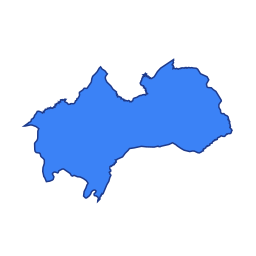 Kut Bak, Sakon Nakhon, Thailand (orthographic projection), rotated 348°
{"feature_id": "78962969B73602858262126", "entity_name": "Kut Bak", "entity_type": "district", "adm_level": 2, "iso_a3": "THA", "parent_name": "Thailand", "parent_adm1": "Sakon Nakhon", "projection": "orthographic", "projection_center": [103.812, 17.077], "detail": "fine", "context": "isolated", "style": "filled", "palette": "blue", "viewbox_px": 256, "rotation_deg": 348, "n_neighbors": 0, "source": "geoboundaries", "source_scale": "gbopen_adm2", "svg_char_len": 5717}
<svg xmlns="http://www.w3.org/2000/svg" viewBox="0 0 256 256"><g transform="rotate(348 128 128)"><path d="M83.1,193.5L85.8,191.7L86.0,190.0L86.8,189.4L87.0,188.8L87.7,188.7L87.6,188.2L87.8,187.8L89.0,187.4L89.0,186.7L90.0,187.0L95.4,179.2L98.2,176.1L99.9,172.7L101.4,170.8L101.4,170.3L100.7,169.3L100.8,168.4L100.4,167.5L100.6,167.2L102.1,166.7L102.4,165.5L101.8,164.9L101.7,163.9L102.3,162.0L103.2,161.6L103.7,162.0L104.1,161.5L104.5,161.5L105.1,161.1L105.3,161.4L106.5,160.6L106.6,160.9L107.0,160.9L107.2,160.1L107.5,160.0L107.5,159.7L108.0,159.9L108.5,159.3L109.4,158.9L109.4,158.4L109.0,158.3L109.7,157.1L109.4,156.7L110.3,156.8L110.9,156.3L116.7,155.1L120.0,152.1L123.3,150.0L125.2,148.4L129.9,148.7L137.3,148.7L141.9,150.2L149.6,152.1L153.6,152.0L153.8,152.4L155.4,153.0L156.6,152.7L164.6,152.6L168.5,151.7L171.3,154.2L172.7,156.0L175.8,159.2L178.3,161.4L183.5,163.9L186.3,163.9L188.1,164.4L191.2,166.7L192.6,167.2L194.9,166.6L195.6,166.1L196.7,166.0L196.6,165.8L197.3,165.1L197.1,164.5L197.9,164.0L198.4,164.2L200.0,163.5L200.0,163.1L201.8,161.9L202.0,161.9L202.1,162.2L202.4,161.9L203.0,162.2L204.6,161.6L204.6,160.8L205.8,160.3L207.1,160.3L207.5,159.4L208.4,158.7L209.1,158.7L209.7,158.0L210.4,158.2L210.9,157.9L210.8,157.5L211.5,157.5L212.1,157.9L212.9,157.7L213.4,156.5L214.1,156.1L215.8,155.8L217.5,155.0L219.3,156.0L220.8,156.3L223.4,154.4L223.7,154.7L224.2,154.4L225.5,154.4L226.5,154.7L227.5,154.5L228.3,153.4L228.5,152.5L229.2,152.2L229.0,150.7L228.3,150.0L227.7,148.5L228.0,148.1L228.4,148.1L228.6,147.6L228.4,146.4L228.6,145.5L228.1,144.4L228.6,143.7L228.4,142.9L228.8,142.7L228.3,141.6L228.4,141.3L227.6,140.7L227.7,140.2L228.2,140.1L228.2,137.9L227.3,136.5L225.9,135.7L224.8,133.9L222.9,133.5L222.2,132.8L221.9,131.7L222.2,129.7L221.6,128.1L221.2,126.6L221.8,123.9L224.9,121.0L224.9,119.9L221.6,110.5L219.3,108.1L217.9,106.0L214.6,105.0L214.1,104.6L213.8,103.9L213.9,101.2L217.0,97.7L216.0,94.3L210.2,90.0L208.4,85.0L207.3,83.8L203.8,82.7L203.0,82.2L201.2,82.1L200.1,81.4L198.7,81.7L198.1,81.1L197.4,81.5L196.5,80.7L195.3,81.2L194.6,80.7L193.3,80.4L192.5,80.4L192.5,80.6L192.0,80.4L191.4,80.8L190.4,80.5L189.4,80.9L187.9,79.7L187.1,80.0L186.4,79.8L185.6,78.9L184.4,79.3L184.8,78.0L185.4,77.6L185.1,77.0L185.2,76.1L184.4,75.6L184.4,75.1L186.1,73.6L185.9,71.8L186.7,71.3L186.8,70.5L172.4,76.2L168.6,78.9L164.4,83.3L161.4,84.5L159.3,83.9L159.3,83.4L159.8,83.2L159.3,82.9L159.2,82.3L158.9,82.2L158.4,81.4L158.1,81.9L158.0,81.5L157.6,81.7L157.0,81.5L157.4,81.2L156.5,80.3L157.1,79.8L156.8,79.1L157.2,78.9L156.7,78.5L156.6,78.8L156.0,79.0L156.0,78.5L155.4,79.1L154.1,79.1L154.5,79.5L154.7,80.1L154.4,80.1L154.5,80.4L154.2,80.2L154.1,80.8L153.4,80.7L153.3,81.3L152.7,81.4L152.6,82.1L152.0,82.4L151.0,84.6L150.4,84.8L150.3,85.5L149.3,86.5L149.3,87.0L149.6,88.5L150.3,88.8L150.7,89.6L151.9,89.9L152.1,90.6L151.9,90.9L152.3,91.2L152.4,91.7L152.1,91.9L152.4,92.0L152.4,92.5L153.4,92.9L153.2,93.2L152.9,93.1L153.2,93.8L153.0,94.3L153.4,94.7L152.9,95.0L153.3,95.5L153.0,96.1L153.1,96.9L153.5,96.9L153.7,98.1L154.3,98.3L154.7,98.1L154.3,98.6L152.9,98.2L152.4,99.2L151.9,99.4L150.8,98.6L148.9,98.6L147.6,99.0L147.0,98.7L145.6,98.9L143.2,99.8L140.0,100.1L139.2,100.6L138.3,102.3L137.6,102.4L137.0,103.0L136.2,103.0L135.7,102.5L135.3,102.7L134.8,101.5L134.3,101.2L133.1,101.5L132.3,100.9L131.5,100.9L131.3,100.4L129.9,100.6L129.6,100.3L129.8,100.0L129.8,99.4L130.0,99.4L129.8,99.0L128.4,98.5L128.0,97.7L127.4,97.8L127.6,97.3L127.3,96.8L127.5,96.6L126.4,95.8L125.8,95.7L125.5,95.0L124.7,95.2L124.8,95.0L124.4,94.9L124.5,94.6L123.9,94.0L123.8,93.6L124.1,93.5L124.2,93.2L124.5,93.0L124.2,92.2L123.9,92.4L123.7,92.0L124.2,90.3L121.3,86.8L120.0,83.4L116.9,78.7L116.2,75.9L116.2,74.3L116.6,73.2L117.4,72.2L119.1,70.8L118.2,69.4L117.7,67.8L116.2,66.1L115.0,65.1L113.9,62.5L112.3,63.5L109.7,66.4L107.3,68.2L104.2,70.1L102.9,72.2L101.6,75.5L96.3,80.6L95.9,80.7L93.4,80.0L91.7,81.4L87.9,83.0L87.5,84.6L87.6,85.4L86.9,86.8L84.8,88.9L84.2,88.7L83.5,90.2L82.2,90.6L81.5,92.0L80.5,92.8L79.6,92.9L77.4,92.3L76.8,92.3L76.5,92.7L74.6,92.5L73.4,90.5L72.0,89.6L71.6,88.9L71.8,88.2L72.2,88.1L72.9,87.4L72.5,87.4L72.6,87.0L72.1,87.1L71.8,86.8L71.5,87.2L71.4,86.9L70.0,87.3L69.6,86.9L69.6,86.6L68.2,86.5L68.3,86.8L67.8,86.9L67.5,87.3L67.4,88.4L66.6,88.2L66.4,88.6L65.8,88.4L65.6,89.0L65.4,88.6L65.3,89.2L64.3,89.0L63.3,89.3L63.0,90.0L62.6,89.7L61.9,89.7L61.9,90.2L61.7,90.0L61.2,91.0L61.3,91.1L61.0,91.4L60.9,92.0L60.7,91.8L60.3,91.8L60.2,92.2L59.9,92.0L59.7,92.4L58.2,92.7L58.2,93.0L57.5,92.8L57.2,92.4L56.8,92.5L56.7,92.1L56.5,92.4L55.8,92.0L55.1,92.0L54.9,92.3L54.8,92.1L54.4,92.5L53.6,92.1L53.6,92.4L52.4,92.8L51.1,92.5L50.6,93.4L50.1,93.4L49.5,94.3L49.2,94.3L49.1,94.9L48.6,94.4L48.3,95.2L47.5,95.6L46.3,94.3L44.7,93.3L44.1,93.0L42.7,92.9L41.0,94.9L39.5,96.0L38.8,96.9L38.7,97.6L37.6,98.3L37.3,98.9L35.4,99.4L34.5,101.2L33.4,101.8L32.1,102.0L31.2,102.6L26.8,104.5L27.9,104.7L32.9,104.7L34.8,105.2L38.4,107.5L40.6,110.1L39.2,112.2L37.7,118.7L37.3,119.9L36.2,121.4L34.0,123.0L33.4,123.8L32.3,129.8L32.3,131.6L33.1,132.9L36.2,134.1L36.7,134.8L36.9,137.8L38.9,140.4L39.5,141.8L38.8,145.2L36.6,149.1L35.6,152.7L35.6,158.0L36.2,159.3L37.0,163.5L40.3,163.7L43.1,163.2L44.1,162.7L45.4,160.4L44.5,157.3L44.7,156.8L46.0,155.9L47.3,155.8L49.9,157.3L50.4,157.1L51.5,155.5L55.1,154.5L56.5,154.7L61.9,160.4L62.7,162.8L63.8,163.5L64.7,163.2L65.8,163.3L68.3,165.1L71.1,166.0L73.8,168.1L76.2,170.7L77.3,173.1L77.3,174.0L76.0,175.2L74.4,177.9L71.9,181.0L70.4,185.3L71.8,187.5L72.4,187.8L73.4,187.6L76.0,186.3L77.8,184.7L79.0,182.8L80.7,181.8L82.1,181.6L83.2,182.2L83.6,182.9L83.3,183.8L82.6,184.5L81.3,185.1L80.9,186.3L81.1,187.1L82.9,187.9L84.2,189.5L84.4,191.4L83.5,192.2L83.1,193.5Z" fill="#3b82f6" stroke="#1e3a8a" stroke-width="1.5"/></g></svg>